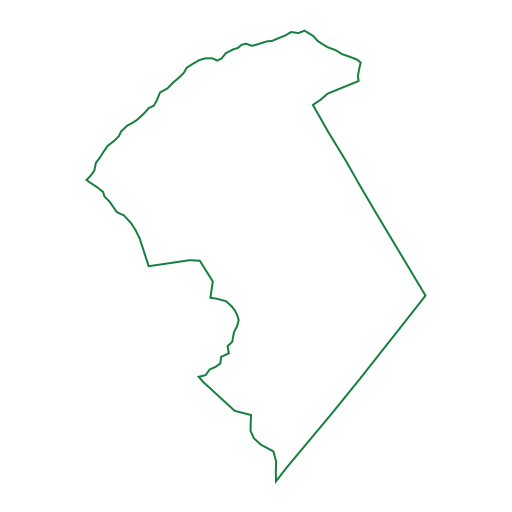 Cafezal do Sul, Paraná, Brazil (Mercator projection)
{"feature_id": "56859067B2894193883317", "entity_name": "Cafezal do Sul", "entity_type": "district", "adm_level": 2, "iso_a3": "BRA", "parent_name": "Brazil", "parent_adm1": "Paraná", "projection": "mercator", "projection_center": [-53.585, -23.955], "detail": "fine", "context": "isolated", "style": "outline", "palette": "green", "viewbox_px": 512, "rotation_deg": 0, "n_neighbors": 0, "source": "geoboundaries", "source_scale": "gbopen_adm2", "svg_char_len": 1459}
<svg xmlns="http://www.w3.org/2000/svg" viewBox="0 0 512 512"><path d="M425.5,295.6L376.2,213.3L359.6,185.0L349.5,167.2L345.3,159.9L328.6,132.6L312.9,104.9L320.7,99.7L327.5,93.7L358.6,81.0L357.9,76.0L359.0,69.8L360.7,62.5L356.7,59.4L348.9,56.5L342.2,54.2L335.7,50.2L327.6,47.2L322.6,44.2L317.6,40.9L313.3,36.0L304.5,30.7L298.3,33.1L291.2,32.0L285.2,35.5L278.3,38.3L272.1,40.9L266.9,41.4L262.6,42.7L257.7,44.3L251.9,45.8L246.0,43.7L241.6,44.8L237.8,48.0L233.3,49.3L225.9,53.1L221.4,58.6L217.1,60.6L212.4,58.3L205.4,58.3L199.2,60.1L193.4,63.5L186.7,67.7L183.8,72.9L179.0,77.6L173.1,82.6L167.3,88.5L160.1,92.4L156.6,100.8L153.8,105.7L148.7,108.1L144.9,112.5L140.9,116.4L136.7,120.1L132.4,122.9L127.3,125.6L121.2,131.3L118.9,136.1L114.7,140.4L107.6,145.9L103.5,151.9L99.7,157.8L95.9,162.8L94.4,170.5L90.4,176.0L86.5,180.0L90.4,182.8L96.6,186.8L103.1,192.0L104.5,196.6L109.7,201.8L116.8,212.1L123.9,215.4L131.1,223.2L135.5,230.0L139.7,238.6L148.7,266.2L189.5,260.2L199.8,260.7L210.0,277.0L212.8,281.5L210.4,297.7L217.1,298.8L226.2,301.3L231.9,306.6L234.9,310.5L237.1,314.9L238.7,320.1L237.1,326.1L234.0,332.1L232.2,341.8L227.6,346.2L228.8,353.3L221.1,356.9L220.3,363.5L215.2,367.1L209.7,369.4L205.5,375.2L198.7,376.8L203.1,381.9L234.7,410.9L251.0,415.0L250.5,430.8L253.9,438.3L261.0,444.8L273.4,451.4L276.2,461.8L275.8,471.6L276.0,481.3L287.1,467.0L331.4,414.0L359.7,379.1L403.1,324.1L408.2,317.6L425.5,295.6Z" fill="none" stroke="#15803d" stroke-width="2"/></svg>